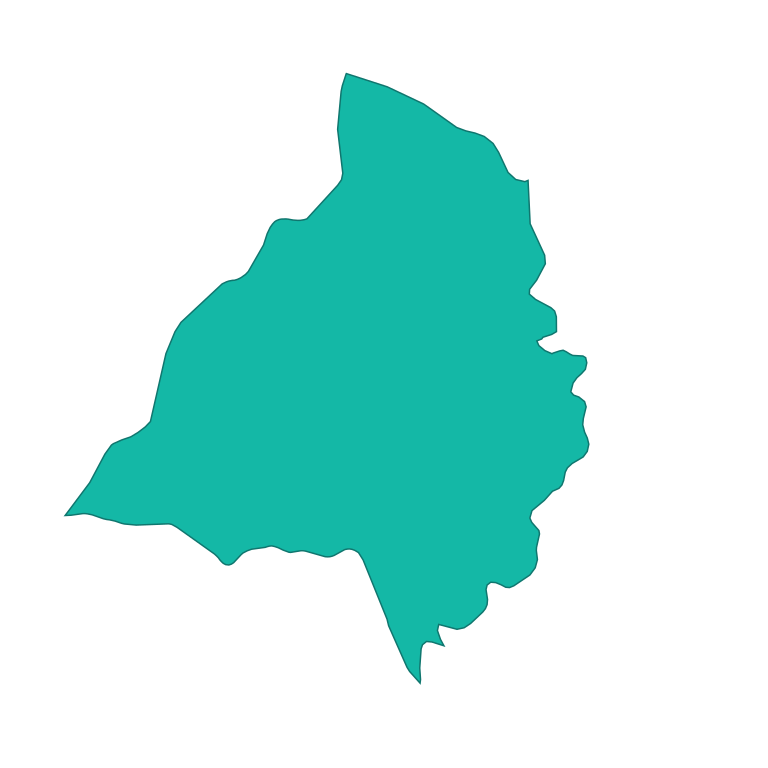 Soriano, Robinson projection, rotated 118°
{"feature_id": "URY-11", "entity_name": "Soriano", "entity_type": "Department", "adm_level": 1, "iso_a3": "URY", "parent_name": "Uruguay", "parent_adm1": "", "projection": "robinson", "projection_center": [-57.662, -33.492], "detail": "fine", "context": "isolated", "style": "filled", "palette": "teal", "viewbox_px": 768, "rotation_deg": 118, "n_neighbors": 0, "source": "natural_earth", "source_scale": "10m", "svg_char_len": 2667}
<svg xmlns="http://www.w3.org/2000/svg" viewBox="0 0 768 768"><g transform="rotate(118 384 384)"><path d="M127.6,563.0L120.1,520.7L118.2,480.3L123.4,440.3L122.1,430.6L119.7,421.4L118.4,411.7L120.4,400.6L125.7,391.5L139.0,373.8L141.6,363.7L139.2,354.6L136.6,352.4L173.9,330.2L194.9,302.6L202.1,298.0L220.8,298.0L232.0,299.9L236.4,297.9L238.2,289.9L238.3,272.3L239.5,267.6L243.7,263.4L256.8,256.3L261.5,259.2L268.1,265.6L270.2,265.9L274.2,269.3L277.4,265.3L279.0,257.6L278.4,249.9L277.3,249.2L272.3,244.4L270.1,241.7L270.0,238.1L270.3,234.0L270.2,230.8L265.9,221.5L266.1,218.3L270.1,214.9L276.5,213.1L282.1,214.5L287.8,216.6L294.4,217.5L303.2,215.4L304.8,211.4L304.0,205.8L305.4,198.6L309.3,194.8L320.9,191.8L326.7,189.4L332.3,184.3L336.3,179.1L341.0,174.9L348.1,172.9L354.9,173.9L365.9,180.6L371.9,182.7L376.7,182.6L384.9,180.1L389.6,179.5L393.9,180.5L399.6,184.9L411.4,187.8L426.3,193.9L433.9,192.3L436.8,188.6L440.7,178.4L443.4,176.3L456.5,172.7L459.4,171.4L467.0,166.1L475.3,164.2L484.1,165.5L501.2,174.6L504.8,177.6L506.3,181.1L506.3,186.3L506.9,192.1L508.9,196.7L513.1,198.6L517.6,197.4L525.7,191.4L530.4,189.4L534.7,189.0L538.8,189.7L554.8,195.1L561.6,198.8L566.3,204.4L570.6,222.8L576.6,221.1L583.0,214.2L587.0,208.2L589.3,220.6L591.4,225.6L596.1,227.6L600.4,226.9L618.0,219.1L627.8,213.0L631.2,211.7L625.8,226.4L623.3,230.7L595.3,266.4L590.2,270.9L549.1,319.9L544.8,327.4L544.6,331.7L545.0,334.7L545.9,337.2L547.1,339.1L548.6,340.9L558.7,347.5L560.4,349.0L561.9,350.7L563.1,352.7L564.1,354.9L568.4,374.9L569.2,377.2L570.3,379.2L576.6,387.5L576.7,387.8L577.2,389.1L578.0,395.0L578.2,400.5L578.8,404.1L579.6,407.0L580.8,408.9L582.3,410.6L584.0,412.2L592.0,423.3L595.4,426.4L599.3,429.1L601.6,430.0L612.4,432.9L614.7,434.2L616.6,436.0L617.8,439.0L617.8,441.8L617.1,444.3L616.3,446.5L615.2,448.6L614.4,451.1L613.7,453.8L607.7,499.6L607.6,505.4L608.0,506.9L608.6,508.6L624.9,536.6L629.5,547.6L630.2,550.3L631.3,557.1L632.8,562.6L633.8,565.2L634.7,568.5L636.5,580.2L637.9,585.0L638.8,587.2L639.9,589.2L646.7,598.6L649.8,603.8L609.2,597.5L576.9,597.5L565.9,596.0L563.7,594.9L556.4,589.2L549.7,582.9L542.4,578.5L533.9,574.6L526.8,572.6L459.5,590.8L435.9,593.1L424.9,592.2L371.6,573.9L367.8,571.1L366.0,569.4L363.4,566.2L363.9,566.7L363.3,565.9L362.5,564.6L360.4,562.5L357.6,560.4L352.3,557.7L348.3,556.6L317.8,555.6L306.1,557.7L299.2,558.0L295.2,557.5L292.1,556.7L290.4,555.8L289.4,555.0L287.9,553.7L286.6,552.1L284.3,548.1L283.4,545.9L281.9,541.2L280.0,536.9L278.9,534.9L276.5,531.7L274.4,529.6L230.3,518.2L223.6,517.4L217.3,519.3L180.9,544.5L145.8,559.2L140.3,560.8L127.9,563.0L127.7,563.0L127.6,563.0Z" fill="#14b8a6" stroke="#0f766e" stroke-width="1.5"/></g></svg>